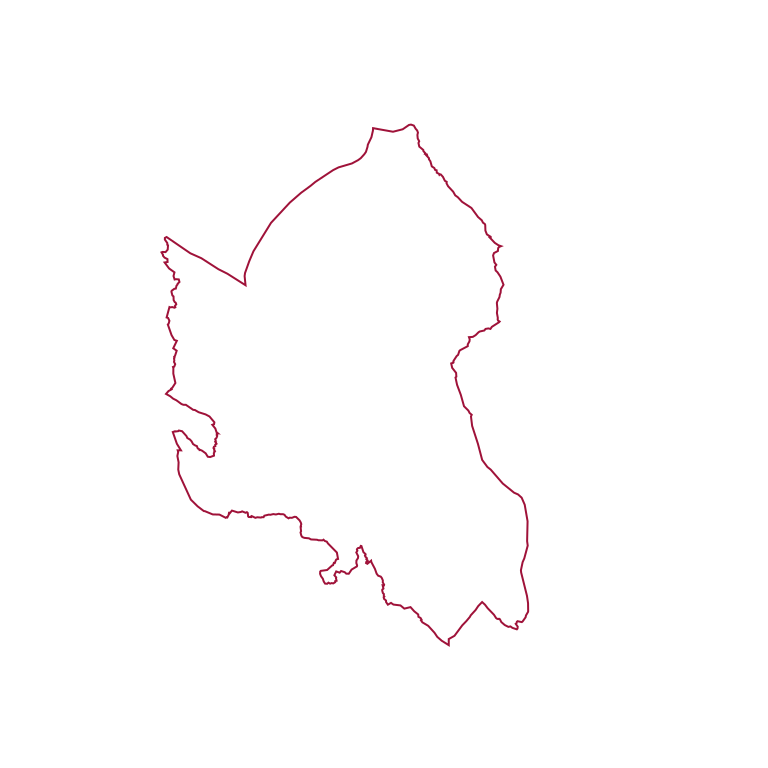 Trøgstad nor, Østfold, Norway (Robinson projection), rotated 41°
{"feature_id": "86288312B38891464101956", "entity_name": "Trøgstad nor", "entity_type": "district", "adm_level": 2, "iso_a3": "NOR", "parent_name": "Norway", "parent_adm1": "Østfold", "projection": "robinson", "projection_center": [11.334, 59.671], "detail": "fine", "context": "isolated", "style": "outline", "palette": "rose", "viewbox_px": 768, "rotation_deg": 41, "n_neighbors": 0, "source": "geoboundaries", "source_scale": "gbopen_adm2", "svg_char_len": 6165}
<svg xmlns="http://www.w3.org/2000/svg" viewBox="0 0 768 768"><g transform="rotate(41 384 384)"><path d="M193.0,336.5L198.4,369.5L201.8,379.9L206.3,391.4L208.0,394.0L214.7,400.3L193.5,403.5L183.7,406.0L163.6,408.9L152.1,412.4L123.5,415.7L122.8,417.5L123.9,418.8L128.0,419.8L129.1,421.1L130.0,421.0L132.6,424.5L132.6,427.8L130.2,429.6L129.7,430.6L132.5,431.5L133.0,432.2L135.5,432.6L138.6,431.8L140.6,433.9L138.7,436.2L146.0,437.8L152.6,437.2L154.3,440.6L157.4,442.5L158.2,441.4L160.5,439.7L162.7,441.2L162.5,443.8L162.9,444.3L162.9,445.9L164.3,448.6L163.3,449.7L162.6,452.9L163.0,453.8L166.2,456.0L167.7,456.0L170.2,458.7L172.4,459.5L173.4,459.3L174.9,460.1L175.0,462.2L176.2,463.0L175.8,463.9L173.8,464.8L172.3,466.5L171.6,466.7L176.3,476.4L177.7,475.8L180.6,477.1L181.9,479.8L181.8,480.9L191.6,486.5L196.9,488.3L199.3,487.3L201.5,495.3L205.7,494.9L207.8,499.9L207.8,501.2L208.7,501.6L208.7,502.4L210.4,503.9L211.0,505.1L213.4,506.0L214.3,508.5L213.6,509.6L214.6,510.2L218.2,514.4L225.9,520.1L226.7,525.7L226.4,527.1L227.2,527.3L226.0,530.7L226.0,534.5L230.7,533.5L234.5,533.4L238.0,532.5L244.3,532.0L246.2,531.3L248.1,529.7L256.9,528.7L258.3,527.7L262.6,526.9L269.3,524.0L273.6,523.0L281.1,524.2L282.1,525.8L281.2,527.4L286.0,528.3L289.1,530.2L290.6,530.2L290.1,530.5L290.2,531.0L291.3,531.6L291.2,532.3L292.2,532.6L292.6,533.6L293.0,535.1L292.8,536.4L294.2,537.2L294.4,538.2L295.3,538.1L295.4,538.6L296.8,539.0L296.4,540.5L297.5,541.6L296.8,542.9L297.3,544.2L298.5,544.3L298.8,545.0L300.4,545.6L300.1,546.2L300.9,547.0L300.9,547.8L302.7,549.6L300.7,553.2L298.7,554.5L294.9,553.3L290.4,553.7L288.5,554.3L288.1,554.9L287.3,554.5L285.7,554.8L283.4,553.6L282.1,554.2L279.3,554.6L276.4,553.5L274.1,553.2L271.0,553.8L269.1,552.9L262.6,552.1L259.7,553.7L259.7,554.5L257.5,557.0L257.2,556.9L256.1,558.8L266.9,565.0L274.3,567.3L271.8,569.4L273.3,570.4L275.3,573.9L280.4,577.9L284.9,583.6L288.7,586.5L314.1,598.0L323.6,598.6L331.4,598.1L332.2,597.5L340.3,594.8L345.5,590.5L352.4,588.8L352.6,587.7L353.3,587.5L352.6,584.7L351.1,582.1L352.4,582.9L352.3,579.3L358.0,576.8L360.0,574.4L360.5,573.2L364.0,572.0L364.6,570.7L365.7,570.7L368.4,573.1L369.2,573.1L371.2,571.5L371.1,571.0L370.6,570.9L370.7,570.5L374.7,569.4L375.8,567.7L378.8,565.5L379.0,564.8L380.5,563.5L380.1,561.9L382.8,558.1L384.0,557.3L385.8,554.8L388.0,553.4L389.8,550.9L391.1,550.3L393.2,548.5L394.7,548.0L396.9,548.5L400.1,548.0L400.5,546.8L402.3,545.4L403.6,542.9L404.9,542.0L409.7,542.3L412.0,543.1L413.5,544.0L414.1,545.4L415.0,546.1L414.8,546.6L418.0,549.5L418.4,550.8L421.1,552.7L422.8,553.1L424.8,552.4L428.6,549.7L430.9,549.2L435.6,545.5L437.1,544.9L440.2,542.3L440.5,541.2L442.3,541.3L444.3,540.5L446.2,541.1L459.0,542.1L464.1,546.2L463.2,547.5L463.2,548.4L464.3,551.4L463.5,551.9L464.4,554.2L463.9,555.0L463.1,561.7L458.9,566.5L458.9,567.4L460.3,569.2L462.6,570.4L465.6,571.1L468.1,572.6L470.5,573.3L472.2,572.0L472.4,570.4L474.3,570.0L475.1,568.6L476.5,567.8L477.2,565.6L476.5,564.8L477.3,563.6L475.3,562.2L474.8,561.3L472.0,560.9L470.9,556.8L474.3,555.5L474.3,553.3L477.8,551.8L479.9,551.9L481.9,550.3L481.3,545.3L483.2,539.4L482.7,538.5L480.6,537.3L479.0,535.3L478.6,532.5L477.5,530.9L473.6,529.3L473.3,527.3L472.2,526.8L471.9,526.0L472.1,524.7L473.3,523.5L472.7,521.4L473.3,521.1L478.8,524.4L481.7,524.5L482.2,525.0L482.1,525.9L483.1,526.5L485.4,526.7L485.6,527.8L487.5,527.9L487.9,528.3L487.3,529.6L487.9,530.9L489.4,530.6L490.2,525.8L491.3,526.7L498.5,529.5L502.9,532.0L505.4,532.5L507.9,531.5L509.5,531.8L512.0,533.0L513.2,534.5L515.8,535.4L516.1,536.1L515.0,536.8L517.8,538.8L517.6,540.3L518.2,541.1L520.3,542.5L521.7,542.6L522.9,544.1L523.7,544.2L523.7,545.2L525.0,546.1L527.6,546.1L528.6,547.2L531.7,548.0L532.9,544.6L535.8,544.3L541.7,540.3L546.7,540.2L550.4,535.0L555.9,535.7L561.0,535.5L562.7,537.1L565.1,536.6L567.1,537.3L566.9,538.1L569.3,538.7L576.0,537.5L585.3,538.6L590.1,539.9L596.0,539.9L604.2,538.6L600.2,534.0L602.4,527.8L601.4,514.8L601.7,509.0L601.6,503.3L601.2,501.8L601.4,494.5L600.8,489.8L601.1,484.2L605.0,484.3L609.3,485.2L618.4,486.0L622.1,487.1L623.4,487.0L624.4,486.5L624.8,485.7L625.8,485.5L628.7,486.7L633.3,486.7L637.2,485.7L638.5,484.0L640.9,483.8L645.2,482.0L645.2,481.0L644.1,479.4L640.8,478.6L641.0,477.8L640.3,476.3L640.4,475.4L644.2,473.3L644.4,472.3L643.9,467.1L643.0,465.6L642.2,461.4L641.6,460.6L636.5,454.9L630.9,450.1L611.2,436.3L609.5,434.7L605.5,427.5L604.3,423.6L598.5,411.7L595.1,408.7L582.4,393.4L569.4,382.8L562.5,379.5L557.6,379.4L553.5,380.7L538.9,381.2L520.7,378.6L516.5,378.8L507.9,376.9L494.1,367.5L478.0,357.8L470.9,351.4L470.4,349.7L467.6,349.7L465.1,348.7L459.0,348.3L449.1,341.8L439.7,336.7L433.7,332.2L433.8,331.0L431.1,328.3L424.9,327.1L421.2,324.4L422.2,322.8L421.9,322.6L422.2,322.0L421.3,321.0L420.5,315.2L420.8,313.4L419.2,309.6L419.3,308.5L422.4,300.5L421.2,299.1L420.5,295.7L419.3,294.0L417.4,292.9L420.1,290.2L421.1,287.0L421.4,282.9L421.8,281.6L424.6,277.8L424.5,275.8L426.3,273.6L428.2,272.6L427.9,270.1L430.3,261.9L430.3,261.0L428.5,261.3L427.3,260.6L426.6,259.5L422.6,256.3L420.2,252.8L416.0,248.8L415.4,247.6L414.1,242.6L412.8,240.6L412.1,238.6L410.0,235.8L409.1,230.7L401.4,226.6L396.3,225.2L393.8,225.1L390.8,222.7L390.6,220.4L387.6,219.8L382.0,215.4L381.1,213.0L382.7,208.9L381.0,206.5L381.0,205.0L381.9,203.2L379.4,204.2L375.0,204.8L367.9,204.1L368.5,203.5L367.9,202.9L363.5,203.6L359.9,201.7L356.1,197.6L355.1,197.1L352.8,197.3L350.4,196.3L345.5,196.3L334.5,193.8L323.4,195.3L317.1,194.6L314.0,194.9L310.1,193.5L302.6,192.7L299.5,191.5L298.7,190.3L296.6,190.7L292.6,189.0L289.4,188.6L288.7,189.0L288.6,189.8L287.6,189.3L285.2,189.9L283.5,188.2L282.1,188.9L280.3,188.0L277.3,188.4L272.9,185.5L270.5,184.9L269.8,184.1L266.2,183.7L266.5,183.1L265.7,182.6L263.9,183.5L263.6,182.7L261.0,182.4L260.1,181.6L254.9,181.7L251.9,179.5L251.3,177.7L248.4,176.6L245.8,174.1L244.7,172.0L242.7,170.9L240.4,170.6L237.0,169.4L234.2,170.5L232.9,172.1L231.0,179.5L225.3,187.7L207.9,198.1L209.4,200.0L212.6,206.0L214.8,214.0L216.0,215.9L218.1,220.7L218.4,223.6L218.3,228.8L217.6,232.0L215.1,238.6L207.6,250.3L205.3,255.9L199.6,276.5L198.6,282.5L196.0,294.0L193.9,308.9L193.0,336.5Z" fill="none" stroke="#9f1239" stroke-width="2"/></g></svg>